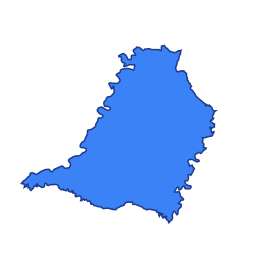 outline of Bom Jesus, Rio Grande do Sul, Brazil, rotated 289°
{"feature_id": "56859067B89984831429306", "entity_name": "Bom Jesus", "entity_type": "district", "adm_level": 2, "iso_a3": "BRA", "parent_name": "Brazil", "parent_adm1": "Rio Grande do Sul", "projection": "mercator", "projection_center": [-50.435, -28.545], "detail": "fine", "context": "isolated", "style": "filled", "palette": "blue", "viewbox_px": 256, "rotation_deg": 289, "n_neighbors": 0, "source": "geoboundaries", "source_scale": "gbopen_adm2", "svg_char_len": 5780}
<svg xmlns="http://www.w3.org/2000/svg" viewBox="0 0 256 256"><g transform="rotate(289 128 128)"><path d="M40.8,45.3L40.9,46.5L41.4,47.5L39.8,49.1L38.0,49.2L39.9,51.1L41.3,50.3L42.4,51.9L38.9,53.0L39.5,53.6L39.4,54.4L37.9,55.4L37.3,56.6L40.2,58.0L42.9,58.4L43.0,60.8L44.7,59.7L45.5,60.1L45.2,61.0L43.8,61.8L44.4,63.3L43.7,65.9L44.5,67.3L45.3,67.9L46.9,67.9L47.7,67.5L48.6,67.6L48.9,68.6L48.4,69.8L47.5,70.3L48.0,72.0L49.3,73.0L49.4,73.9L50.3,76.2L51.0,77.2L51.2,78.9L51.0,80.5L50.3,81.2L49.2,81.6L47.8,84.6L48.3,86.0L49.1,86.5L48.3,87.7L48.7,90.2L49.7,90.1L50.7,90.7L50.4,91.6L49.0,92.0L48.7,94.5L49.5,95.6L50.5,95.6L50.3,96.8L49.0,96.5L48.5,97.2L49.2,98.6L48.1,100.5L47.2,99.9L46.1,100.6L46.4,102.0L47.6,103.2L48.1,104.9L46.5,106.9L43.9,106.9L44.2,107.8L46.5,109.1L45.6,110.6L46.3,111.0L46.8,111.9L45.5,113.8L46.6,115.1L45.4,116.9L44.4,117.3L43.8,118.2L44.7,119.1L44.3,120.3L43.6,121.2L44.2,124.0L43.7,124.6L44.5,127.1L43.8,131.2L44.7,132.7L45.9,135.8L45.7,137.7L45.9,138.7L46.3,139.4L46.0,140.3L46.7,142.3L46.8,143.2L48.6,143.7L51.3,146.4L52.5,147.2L52.5,148.0L53.8,149.4L55.3,149.4L56.2,150.2L57.3,150.5L57.5,151.5L58.1,152.0L58.5,154.5L59.4,156.2L57.4,157.5L57.7,158.9L58.3,159.8L57.8,167.3L56.9,169.2L57.1,170.6L56.7,172.3L57.5,173.2L58.5,175.7L58.4,176.7L58.8,177.5L58.6,178.6L59.0,180.0L58.8,180.9L59.4,181.8L57.9,182.5L57.6,184.2L58.4,185.2L58.1,186.1L56.9,185.3L55.7,185.3L54.7,186.5L55.9,186.6L57.9,187.6L58.1,188.9L57.3,188.4L56.3,188.4L55.1,189.3L54.3,190.4L56.2,191.0L55.3,192.2L57.1,192.7L56.8,193.4L55.7,193.1L54.6,193.4L54.5,194.2L53.7,194.8L53.7,195.7L53.3,196.5L52.1,196.9L51.7,197.5L53.3,198.0L55.6,199.4L57.8,199.3L59.5,198.4L61.8,198.1L63.2,198.1L64.0,198.5L64.4,199.2L61.9,202.5L62.6,203.1L66.6,202.2L68.8,202.7L70.4,203.8L72.8,203.4L73.3,202.7L73.2,200.2L77.4,202.1L77.6,203.2L78.3,203.8L79.2,203.1L80.4,200.4L81.0,199.7L84.3,197.4L84.0,196.2L82.8,193.8L82.7,192.9L83.7,192.7L87.9,193.8L88.4,194.5L88.0,195.3L86.1,196.3L86.7,197.5L87.8,198.2L90.7,198.9L91.4,199.5L91.1,200.3L89.2,201.9L90.6,206.1L91.5,206.7L92.9,206.9L93.6,206.1L93.3,202.3L93.5,201.4L95.8,198.8L96.7,199.2L97.4,201.5L99.6,201.6L100.8,201.4L102.7,200.3L103.6,200.4L103.9,201.3L103.8,202.8L106.9,203.5L109.6,203.6L110.8,204.1L111.7,203.3L112.2,202.1L113.8,200.7L113.0,199.6L111.8,198.8L112.8,197.9L113.8,197.5L115.1,195.9L115.7,195.5L116.6,195.4L118.2,196.3L119.0,198.4L119.1,199.7L118.4,203.3L118.5,204.3L118.8,205.1L119.7,206.0L120.5,205.8L120.7,204.7L120.5,202.7L121.6,201.1L124.1,200.1L125.3,200.5L127.1,202.3L127.8,202.5L128.0,203.6L127.6,205.0L128.5,205.7L130.2,206.1L133.8,208.5L134.5,208.5L134.0,205.7L137.1,205.1L137.7,204.7L138.9,202.7L140.9,202.8L141.9,202.5L143.1,201.5L143.5,203.2L146.8,208.0L147.4,209.4L148.2,210.3L149.0,210.3L149.6,209.9L150.9,210.7L152.4,210.5L151.0,208.2L153.9,207.2L154.7,205.2L155.4,205.3L155.6,206.2L155.3,207.4L155.7,208.0L156.5,208.3L157.1,209.4L158.3,208.8L159.9,208.6L160.7,204.0L161.6,203.7L162.6,203.9L162.4,204.7L164.1,205.6L165.2,205.7L164.9,204.8L167.0,203.9L167.8,204.0L168.4,204.5L170.6,204.3L171.8,204.6L172.8,205.3L172.2,203.7L172.5,202.2L174.5,200.8L176.1,197.5L175.1,197.3L175.6,195.9L174.4,194.6L175.6,194.4L175.2,193.5L176.1,193.1L176.5,190.6L177.1,189.8L179.0,184.6L180.8,181.1L181.6,180.6L184.7,176.4L184.8,175.1L185.3,174.3L187.0,173.9L188.0,174.5L188.6,173.4L190.2,172.2L190.2,171.4L192.1,169.6L192.8,168.2L193.6,168.3L194.9,167.8L195.5,166.9L197.1,166.0L198.3,165.7L199.0,164.8L199.5,163.0L200.2,162.2L199.6,161.7L199.9,160.9L199.5,159.8L198.9,159.3L198.7,158.5L197.7,158.0L197.8,157.1L197.2,155.7L199.5,153.8L200.9,153.4L204.1,153.5L206.2,153.0L209.0,153.6L213.5,153.0L214.9,153.5L217.7,152.8L218.7,152.9L217.3,150.4L215.0,148.6L214.4,147.3L214.1,144.5L214.5,141.3L215.8,139.8L216.1,138.7L216.0,137.9L217.8,135.6L217.2,134.3L216.2,133.0L212.2,134.2L211.7,133.4L212.2,131.8L209.8,124.8L209.9,122.0L208.6,119.8L208.3,118.4L207.3,117.8L206.3,117.5L206.4,116.0L206.9,115.3L207.8,112.6L207.2,109.7L206.1,109.7L204.0,107.9L203.0,107.7L201.9,108.5L200.2,111.1L199.3,111.3L198.4,108.6L197.6,107.8L196.5,107.9L194.4,108.6L193.7,108.6L193.2,107.6L193.1,105.2L194.7,103.9L196.2,102.1L196.9,99.8L196.6,98.9L196.0,98.1L193.2,95.7L192.3,96.3L193.0,97.7L192.7,98.8L189.9,99.6L188.8,100.5L188.2,101.4L188.2,103.4L187.7,104.3L186.0,103.7L185.2,103.8L184.8,104.6L186.0,106.3L188.3,108.7L188.8,109.7L189.4,112.5L189.9,113.6L189.2,114.1L188.4,114.1L185.6,114.7L184.6,114.1L184.4,109.3L183.8,107.4L182.3,104.3L181.0,102.5L180.1,102.1L178.1,102.3L175.6,100.1L174.8,99.6L174.0,99.9L173.2,101.9L171.1,104.5L170.4,105.0L169.4,105.0L166.9,103.7L166.4,102.9L165.7,99.9L165.2,98.8L165.0,96.9L164.7,96.2L163.9,95.5L163.1,95.9L162.1,97.2L160.3,98.8L159.7,99.9L160.6,100.3L162.3,100.3L162.7,101.0L161.0,101.5L157.8,103.3L157.1,103.3L153.0,101.9L152.0,100.9L150.7,98.6L150.0,98.1L147.4,98.0L144.9,96.9L143.7,97.0L141.4,98.3L141.0,99.3L141.6,101.1L141.8,103.1L141.6,104.0L140.9,104.7L140.1,105.0L139.2,104.8L138.2,103.5L138.1,101.4L139.2,97.2L138.8,95.4L137.3,93.6L135.7,93.0L134.3,93.4L133.6,94.2L132.4,96.3L132.1,97.4L132.1,99.6L131.5,100.4L130.6,100.5L129.2,99.8L128.6,99.0L127.9,96.9L126.8,96.8L124.2,97.0L121.0,96.3L120.0,96.8L118.3,96.5L114.8,93.9L113.0,90.9L112.2,90.6L109.3,91.6L104.2,91.0L102.0,91.1L99.5,89.2L97.4,88.5L95.7,88.5L94.6,89.1L94.3,90.0L95.0,92.8L94.9,94.9L94.1,95.6L92.8,95.8L92.0,95.5L91.0,95.0L90.0,93.4L86.5,91.6L85.4,90.3L85.0,88.5L83.2,85.8L79.3,82.5L77.9,82.3L77.1,82.9L76.3,84.3L75.5,85.1L74.4,85.7L71.6,85.5L71.0,84.8L69.5,82.0L69.5,80.9L70.4,79.1L70.6,77.9L64.9,71.7L62.4,70.8L61.8,70.3L61.8,69.2L63.2,67.1L63.0,66.1L61.8,63.5L59.0,60.2L54.5,56.8L54.1,55.9L54.6,53.7L54.5,52.8L54.3,51.7L53.8,50.7L52.9,50.4L52.0,50.7L50.4,50.4L49.2,49.4L46.0,48.0L43.3,46.1L40.8,45.3Z" fill="#3b82f6" stroke="#1e3a8a" stroke-width="1.5"/></g></svg>